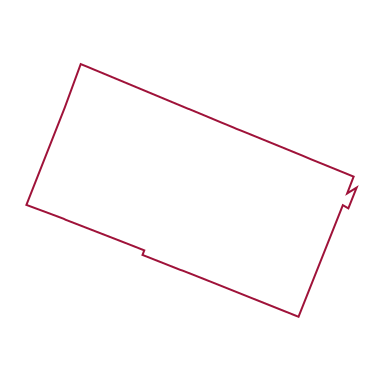 Vermilion, Illinois, United States of America, rotated 292°
{"feature_id": "52423323B2069636466078", "entity_name": "Vermilion", "entity_type": "district", "adm_level": 2, "iso_a3": "USA", "parent_name": "United States of America", "parent_adm1": "Illinois", "projection": "albers", "projection_center": [-87.652, 40.18], "detail": "fine", "context": "isolated", "style": "outline", "palette": "rose", "viewbox_px": 384, "rotation_deg": 292, "n_neighbors": 0, "source": "geoboundaries", "source_scale": "gbopen_adm2", "svg_char_len": 613}
<svg xmlns="http://www.w3.org/2000/svg" viewBox="0 0 384 384"><g transform="rotate(292 192 192)"><path d="M116.2,337.5L166.1,337.2L236.3,336.8L235.4,343.1L257.8,343.0L248.8,336.4L266.8,336.1L266.9,293.3L266.9,291.4L266.9,290.1L267.0,285.4L267.1,280.4L267.1,279.3L267.1,273.7L267.3,214.7L267.2,209.3L267.3,207.4L267.4,196.8L267.4,193.3L267.5,186.2L267.8,157.9L267.7,157.6L268.8,55.0L268.9,48.4L268.9,47.8L268.9,47.7L268.9,40.9L222.5,42.4L118.0,43.3L119.1,83.0L118.9,85.3L119.8,148.3L120.0,169.6L115.1,169.7L115.4,210.3L115.6,212.8L115.8,238.6L116.2,337.5Z" fill="none" stroke="#9f1239" stroke-width="2"/></g></svg>